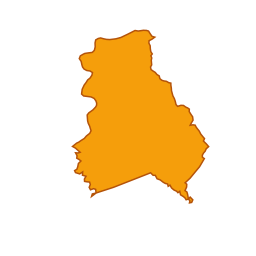 Quarto Centenário, Paraná, Brazil, rotated 66°
{"feature_id": "56859067B6755584061341", "entity_name": "Quarto Centenário", "entity_type": "district", "adm_level": 2, "iso_a3": "BRA", "parent_name": "Brazil", "parent_adm1": "Paraná", "projection": "mercator", "projection_center": [-53.154, -24.316], "detail": "fine", "context": "isolated", "style": "filled", "palette": "amber", "viewbox_px": 256, "rotation_deg": 66, "n_neighbors": 0, "source": "geoboundaries", "source_scale": "gbopen_adm2", "svg_char_len": 2392}
<svg xmlns="http://www.w3.org/2000/svg" viewBox="0 0 256 256"><g transform="rotate(66 128 128)"><path d="M44.8,144.3L48.1,143.7L51.4,144.4L53.8,144.7L56.2,144.2L58.7,142.3L60.4,139.6L62.9,137.9L65.1,139.5L66.9,142.3L67.7,145.3L69.4,147.8L70.9,150.5L74.0,154.1L78.1,156.6L80.7,155.5L84.6,149.1L87.2,146.9L90.1,146.3L92.5,146.5L94.5,147.5L95.7,149.1L97.2,152.7L97.7,155.1L98.2,157.6L99.5,160.0L103.1,161.3L105.1,162.0L107.6,162.4L110.6,162.3L115.5,162.9L117.3,165.1L118.4,169.3L119.8,172.2L120.3,175.9L120.9,178.8L120.9,181.0L122.3,186.2L125.1,184.1L128.1,182.8L130.7,181.6L130.5,183.8L129.3,186.0L132.6,185.8L134.7,187.1L136.9,185.5L139.0,184.4L140.2,187.7L143.0,189.7L144.9,191.5L145.2,194.1L147.4,194.1L150.3,190.8L149.7,187.3L152.6,188.8L155.0,186.0L156.9,188.6L159.1,189.4L160.4,187.5L161.8,185.1L164.3,185.4L166.4,187.6L169.2,187.4L169.4,184.2L170.9,182.5L174.4,183.6L176.3,165.3L178.0,128.2L178.1,125.6L181.4,124.3L182.4,122.3L186.2,122.1L188.5,119.7L191.9,117.9L193.9,116.4L195.2,114.6L197.6,115.0L197.3,112.9L200.5,112.6L203.4,111.2L205.5,109.3L207.4,108.7L206.9,106.5L210.4,107.2L213.0,105.4L215.0,104.4L217.2,104.1L217.5,101.7L212.7,100.5L210.4,100.2L208.4,101.4L205.8,98.5L203.3,97.2L201.3,98.1L199.1,91.7L198.0,89.5L195.3,84.1L192.5,78.4L187.0,70.7L185.0,71.9L183.0,71.1L181.5,69.0L180.6,67.0L178.8,65.0L177.8,61.9L174.4,62.9L170.6,64.4L168.8,62.4L166.9,63.0L163.2,64.0L159.7,64.2L156.7,65.0L154.8,65.4L152.7,65.5L151.5,67.4L150.8,70.1L149.1,68.0L147.3,65.4L144.0,64.4L141.4,64.9L137.9,65.4L135.7,64.3L134.0,65.3L132.3,66.8L130.0,68.1L128.8,70.4L128.4,73.9L126.1,74.6L123.0,74.0L120.1,73.7L116.8,73.9L114.2,73.5L111.6,73.1L109.2,72.2L106.3,71.4L104.4,70.6L103.2,72.3L101.0,73.9L99.5,76.2L98.1,77.7L95.9,78.8L93.1,78.3L90.9,79.8L88.3,80.5L86.2,81.9L84.0,83.2L81.4,82.6L80.0,80.7L77.4,79.8L75.6,79.2L73.7,77.8L71.3,77.7L70.2,75.7L67.5,76.1L64.8,75.4L61.9,74.3L58.9,74.4L56.8,73.2L56.6,69.7L55.9,66.6L54.0,68.8L50.3,69.5L47.8,69.8L46.4,71.4L45.0,74.2L43.6,79.2L41.8,81.9L42.2,90.1L42.4,97.6L42.1,99.7L41.6,102.8L40.6,106.1L39.8,108.7L38.3,111.6L36.8,113.7L34.6,116.4L34.1,118.8L34.4,121.7L36.9,123.5L40.6,125.0L43.4,127.2L44.4,129.9L43.2,133.9L42.3,137.2L42.4,139.3L42.7,142.2L44.8,144.3ZM217.5,101.7L219.7,101.1L221.4,102.3L221.9,100.1L220.0,98.0L216.4,99.3L217.5,101.7ZM174.4,183.6L173.7,187.4L175.7,189.1L174.4,183.6Z" fill="#f59e0b" stroke="#b45309" stroke-width="1.5"/></g></svg>